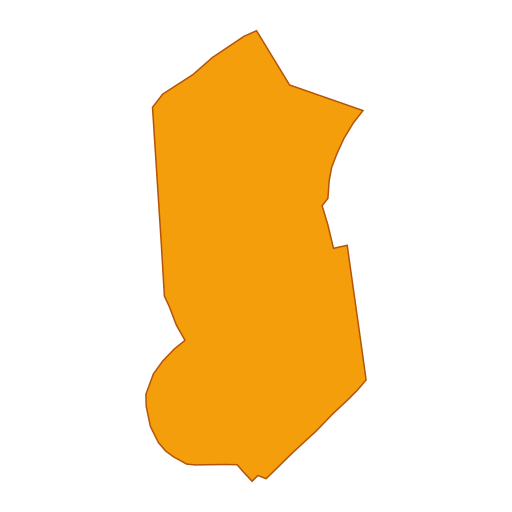 outline of Tuol Kouk, Phnom Penh, Cambodia
{"feature_id": "14789045B87565610199894", "entity_name": "Tuol Kouk", "entity_type": "district", "adm_level": 2, "iso_a3": "KHM", "parent_name": "Cambodia", "parent_adm1": "Phnom Penh", "projection": "mercator", "projection_center": [104.898, 11.57], "detail": "fine", "context": "isolated", "style": "filled", "palette": "amber", "viewbox_px": 512, "rotation_deg": 0, "n_neighbors": 0, "source": "geoboundaries", "source_scale": "gbopen_adm2", "svg_char_len": 773}
<svg xmlns="http://www.w3.org/2000/svg" viewBox="0 0 512 512"><path d="M366.1,379.9L362.0,350.3L355.4,303.4L352.4,282.2L351.2,273.6L347.2,245.3L333.5,248.3L327.8,224.6L322.1,205.7L327.9,198.4L329.2,180.6L331.6,167.6L336.7,154.2L344.0,138.3L353.4,122.8L363.0,110.6L289.6,85.0L256.5,30.7L243.8,36.4L231.0,45.0L212.5,57.4L192.9,74.6L162.8,94.0L152.5,107.3L161.3,244.0L164.4,296.1L169.2,306.4L176.4,325.2L185.0,340.3L174.6,348.7L162.7,361.0L153.4,373.9L145.9,394.3L146.2,406.3L150.4,426.5L158.5,442.7L165.6,451.0L173.3,456.7L186.6,464.1L195.1,464.9L224.9,464.5L237.1,464.7L242.7,471.2L252.1,481.3L257.9,475.5L266.1,478.7L277.6,467.5L291.9,453.4L306.8,439.6L315.9,431.3L332.9,413.7L347.4,400.2L357.2,390.4L366.1,379.9Z" fill="#f59e0b" stroke="#b45309" stroke-width="1.5"/></svg>